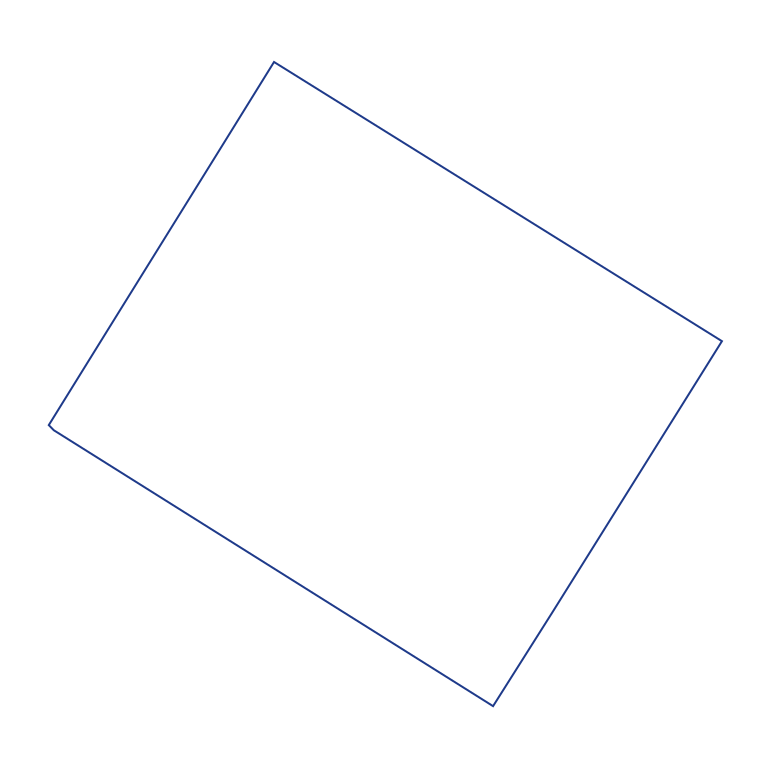 the district of Pratt, Kansas, United States of America, rotated 212°
{"feature_id": "52423323B94351819827308", "entity_name": "Pratt", "entity_type": "district", "adm_level": 2, "iso_a3": "USA", "parent_name": "United States of America", "parent_adm1": "Kansas", "projection": "orthographic", "projection_center": [-98.709, 37.648], "detail": "fine", "context": "isolated", "style": "outline", "palette": "blue", "viewbox_px": 768, "rotation_deg": 212, "n_neighbors": 0, "source": "geoboundaries", "source_scale": "gbopen_adm2", "svg_char_len": 274}
<svg xmlns="http://www.w3.org/2000/svg" viewBox="0 0 768 768"><g transform="rotate(212 384 384)"><path d="M120.2,280.7L120.1,599.4L647.9,598.8L647.5,493.3L646.9,281.3L646.5,171.5L639.5,169.8L120.8,168.6L120.2,280.7Z" fill="none" stroke="#1e3a8a" stroke-width="2"/></g></svg>